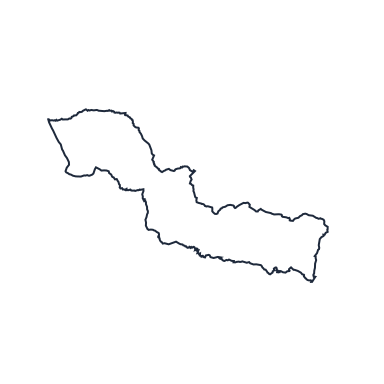 Starchiojd, Prahova, Romania, rotated 324°
{"feature_id": "2599482B13642425667529", "entity_name": "Starchiojd", "entity_type": "district", "adm_level": 2, "iso_a3": "ROU", "parent_name": "Romania", "parent_adm1": "Prahova", "projection": "robinson", "projection_center": [26.147, 45.385], "detail": "fine", "context": "isolated", "style": "outline", "palette": "slate", "viewbox_px": 384, "rotation_deg": 324, "n_neighbors": 0, "source": "geoboundaries", "source_scale": "gbopen_adm2", "svg_char_len": 6088}
<svg xmlns="http://www.w3.org/2000/svg" viewBox="0 0 384 384"><g transform="rotate(324 192 192)"><path d="M235.6,334.8L236.3,335.3L241.1,333.4L240.9,333.1L241.9,333.0L240.9,331.5L241.0,331.1L241.8,330.1L242.8,329.8L244.7,327.5L246.9,325.6L249.5,322.3L252.4,320.1L253.2,318.1L254.1,316.9L253.6,316.0L257.3,314.9L260.0,312.9L261.1,312.9L262.1,312.0L263.3,309.5L267.7,305.2L270.1,304.6L272.5,304.9L273.1,304.6L273.3,303.8L274.2,304.5L276.2,303.6L278.3,304.0L279.3,302.0L279.8,301.9L281.3,299.9L280.2,297.3L280.1,295.6L281.9,293.4L282.2,291.8L281.4,290.2L280.6,289.4L280.5,288.8L278.7,288.1L277.8,286.4L277.3,286.0L275.8,282.2L272.8,279.4L271.8,277.2L270.9,276.1L268.7,275.1L267.1,275.4L265.2,275.0L263.0,275.4L259.9,274.1L258.3,274.2L256.7,274.7L254.9,273.1L254.4,272.4L255.2,271.5L255.5,270.1L254.5,269.7L253.4,267.9L250.7,265.3L250.5,264.4L251.1,263.6L251.0,262.8L249.3,261.1L245.2,258.4L243.6,256.1L243.5,255.5L240.0,251.6L237.8,247.0L237.7,246.1L234.9,245.9L233.8,246.4L232.4,245.4L232.0,243.4L229.7,237.8L231.3,236.2L231.0,233.6L230.5,233.1L228.7,232.4L227.3,231.1L222.6,230.4L219.4,230.3L217.9,230.5L217.4,230.3L217.2,229.2L217.7,227.9L217.5,227.2L215.4,224.9L212.9,223.6L210.4,223.5L207.6,222.4L206.5,222.7L205.4,222.3L204.3,222.9L201.9,223.1L200.0,224.4L198.6,224.0L197.6,223.0L197.1,220.5L197.1,219.4L198.5,217.7L199.2,216.4L196.4,212.8L195.0,212.1L194.8,211.4L194.3,211.0L194.4,209.4L193.7,208.0L192.8,207.3L192.7,206.8L191.0,204.8L189.8,203.0L190.6,201.3L192.4,199.6L191.7,198.5L191.7,197.8L193.4,193.6L193.7,192.1L194.9,190.7L195.4,189.4L196.8,187.5L196.1,186.5L196.0,185.1L195.3,183.9L197.4,182.3L199.0,181.7L199.6,179.6L199.3,178.4L199.6,177.9L206.7,176.8L206.2,175.4L204.6,176.0L204.3,175.8L203.2,173.1L203.7,170.9L203.2,168.7L201.0,166.8L200.1,166.6L199.3,165.9L198.3,166.3L197.6,165.3L196.8,165.8L196.2,165.8L194.1,164.6L192.2,164.0L191.5,164.0L190.7,164.5L189.7,164.4L187.4,161.6L186.9,159.7L184.1,158.7L183.2,158.8L181.6,158.4L179.5,158.3L178.8,156.9L178.9,156.2L178.3,155.2L178.3,154.6L178.8,153.8L178.1,152.8L178.2,151.9L177.3,148.9L177.7,148.4L177.5,147.5L178.1,146.9L178.1,145.7L178.8,145.3L178.8,142.5L182.8,140.1L182.2,138.9L182.1,137.2L183.7,134.4L185.3,128.5L185.2,127.2L183.9,122.3L183.6,119.7L184.4,117.5L184.9,114.9L184.8,112.6L185.4,111.8L185.2,110.8L185.4,110.3L186.3,109.5L186.5,108.6L184.7,106.9L184.2,105.8L183.9,103.8L184.8,102.6L184.6,101.3L185.3,100.7L186.2,99.0L185.8,98.3L186.1,97.5L185.4,96.1L185.7,95.4L184.7,93.3L184.9,92.3L183.1,90.5L183.3,90.0L183.8,90.0L184.7,89.0L180.0,86.3L180.1,85.4L179.5,84.7L178.7,84.4L177.8,83.4L176.5,82.8L175.9,82.1L176.2,81.3L175.6,80.0L174.6,79.9L174.6,78.8L173.3,78.0L173.1,77.1L171.6,77.0L171.1,76.4L168.6,75.1L164.1,71.2L163.8,70.4L163.1,69.6L160.5,68.2L158.7,66.4L157.1,65.9L156.5,64.9L155.3,64.9L154.9,63.0L154.6,62.7L151.5,62.2L150.2,62.4L149.0,62.0L147.9,61.0L146.8,61.3L146.1,61.0L145.4,61.5L143.4,61.9L141.5,60.7L140.8,61.0L138.9,60.5L138.0,61.2L137.2,61.3L136.6,61.1L136.0,60.4L134.3,60.3L130.0,57.3L129.7,56.2L128.0,56.1L124.8,55.0L124.7,53.9L123.4,54.0L123.2,53.3L122.2,53.0L120.9,51.6L119.4,50.9L118.8,48.9L118.4,48.7L117.3,51.7L116.0,58.5L115.8,60.5L114.2,68.6L113.6,73.2L113.8,76.4L111.9,81.3L111.9,82.6L110.8,87.6L110.8,91.0L110.0,95.4L108.5,97.7L105.0,98.7L102.1,100.7L101.8,101.1L101.8,102.2L102.8,104.1L103.2,105.5L104.2,106.6L105.3,108.9L107.2,111.1L111.2,114.2L114.5,115.2L115.3,116.0L117.2,116.8L117.9,118.0L118.7,118.6L121.6,119.3L123.1,119.1L126.8,116.5L128.8,115.6L130.7,119.4L131.3,121.4L133.7,122.9L135.5,124.4L136.8,126.3L136.1,128.0L136.9,130.4L136.4,132.6L136.6,133.3L137.2,134.1L137.1,136.5L138.7,137.3L138.4,139.4L138.5,140.4L137.6,142.8L137.8,143.7L137.0,145.1L136.2,145.8L136.2,147.1L137.7,147.8L137.5,149.3L138.4,149.8L139.3,151.4L140.0,150.9L140.9,151.0L140.3,152.1L141.7,153.2L143.6,153.8L143.7,154.1L143.5,154.6L144.1,155.5L146.3,157.0L146.6,157.7L149.1,158.5L149.5,159.0L151.1,159.3L151.1,159.7L154.3,161.2L153.3,162.7L150.4,164.6L149.6,166.7L148.5,168.0L148.3,168.7L148.9,169.4L148.5,169.8L148.9,170.0L148.3,170.3L148.5,170.9L148.2,171.2L149.1,171.5L148.6,172.4L148.8,173.1L147.6,174.8L146.9,177.6L145.5,179.6L145.1,181.5L143.9,183.0L142.6,183.6L140.4,185.6L138.0,187.1L136.8,189.8L134.9,192.1L134.2,196.0L134.6,196.5L134.6,197.1L136.6,198.2L138.2,199.6L138.6,200.6L139.4,201.6L140.0,203.7L140.9,205.5L140.6,206.6L140.0,207.5L139.4,207.8L139.1,208.8L138.7,209.0L138.3,208.5L138.1,208.8L138.6,210.4L138.0,211.2L137.7,212.4L137.6,213.8L138.1,214.9L138.0,216.5L139.7,217.3L142.4,220.6L149.9,222.8L151.4,226.4L152.1,227.6L153.5,228.9L153.6,230.1L154.5,231.1L154.6,232.2L155.3,232.5L155.5,234.4L156.7,235.1L157.6,234.8L157.9,236.1L158.4,235.8L158.8,236.5L159.4,236.4L159.4,237.1L161.2,237.4L161.5,238.3L161.2,239.4L161.6,239.8L160.7,240.5L162.6,240.5L163.0,241.1L162.8,241.7L161.8,242.2L161.9,240.9L160.9,241.3L161.3,242.3L162.9,243.0L160.5,244.6L161.2,244.9L161.6,245.8L161.1,245.9L161.1,246.9L162.1,246.8L161.0,248.1L161.7,249.1L161.6,249.7L162.7,249.6L163.1,249.9L162.8,250.5L163.3,250.7L163.3,251.7L164.1,252.6L165.9,251.5L168.6,252.7L169.1,253.7L168.7,255.6L170.7,258.1L174.7,259.7L176.6,261.6L175.7,261.4L175.2,261.7L175.6,262.7L176.7,263.5L176.6,265.1L177.4,266.6L177.8,266.9L179.9,267.2L180.8,268.3L182.2,268.4L183.6,271.0L185.3,272.5L184.3,273.3L185.7,274.4L186.9,274.7L188.9,275.8L189.7,276.8L190.8,277.4L191.9,277.7L194.7,281.4L197.0,282.3L197.2,283.9L199.2,286.8L201.5,288.3L204.7,291.6L204.9,293.0L204.6,294.4L204.9,295.7L204.9,297.2L205.9,298.1L205.9,300.8L205.7,301.6L206.2,302.4L206.2,303.6L206.8,304.5L209.9,304.5L210.7,303.6L212.3,303.7L213.2,302.1L215.1,302.1L215.8,302.7L215.8,302.9L215.4,304.0L214.3,304.8L215.0,305.2L215.1,305.5L213.7,306.9L214.9,308.0L215.5,307.8L215.8,308.1L216.2,307.3L217.3,308.1L218.4,310.4L220.3,312.2L222.4,312.1L224.3,313.2L224.6,313.1L224.5,312.2L225.3,311.4L227.8,311.2L228.4,314.6L229.2,315.2L231.2,318.0L232.7,321.3L232.8,323.4L233.9,324.7L233.9,325.0L232.9,326.1L233.1,327.8L233.0,328.4L233.4,329.1L233.3,329.9L233.8,331.2L234.7,332.3L236.2,333.3L236.1,334.5L235.6,334.8Z" fill="none" stroke="#1e293b" stroke-width="2"/></g></svg>